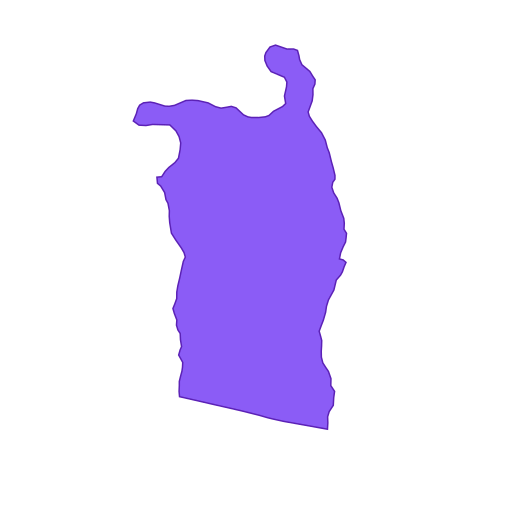 Santa Isabel do Ivaí, Paraná, Brazil, rotated 154°
{"feature_id": "56859067B87953523218993", "entity_name": "Santa Isabel do Ivaí", "entity_type": "district", "adm_level": 2, "iso_a3": "BRA", "parent_name": "Brazil", "parent_adm1": "Paraná", "projection": "robinson", "projection_center": [-53.253, -23.11], "detail": "fine", "context": "isolated", "style": "filled", "palette": "violet", "viewbox_px": 512, "rotation_deg": 154, "n_neighbors": 0, "source": "geoboundaries", "source_scale": "gbopen_adm2", "svg_char_len": 2179}
<svg xmlns="http://www.w3.org/2000/svg" viewBox="0 0 512 512"><g transform="rotate(154 256 256)"><path d="M301.2,436.3L307.1,431.1L303.8,424.9L297.7,421.5L291.3,419.6L276.0,411.6L273.1,403.5L272.8,397.0L274.1,390.6L277.6,384.8L282.8,377.9L287.9,375.5L295.5,373.8L300.5,371.9L306.0,368.6L310.5,370.3L312.7,364.5L311.0,360.7L310.3,353.1L312.2,346.1L312.0,342.0L314.0,334.7L316.6,329.7L318.9,323.9L322.0,313.6L321.1,305.5L319.6,296.0L319.2,290.6L320.0,286.0L323.7,283.0L329.6,275.6L334.1,269.8L339.3,263.5L343.0,258.3L345.9,252.5L350.0,248.5L353.7,245.2L354.6,240.0L355.2,233.2L357.8,228.7L358.6,223.8L358.1,219.6L360.6,213.8L362.6,207.2L365.4,204.8L368.9,200.9L368.5,192.5L370.8,188.3L373.0,185.0L376.5,181.0L379.9,176.9L381.7,173.2L384.5,168.0L386.4,163.1L336.8,123.1L326.1,114.1L323.0,111.5L316.6,105.7L312.9,102.6L303.7,95.3L267.7,69.0L264.6,74.5L262.1,80.1L258.4,84.1L252.0,87.9L248.2,94.7L244.7,99.9L245.6,106.7L242.4,112.9L241.5,120.5L242.2,125.4L242.8,130.6L241.6,136.4L239.1,141.8L236.5,146.4L234.0,151.2L233.2,155.1L232.2,160.7L227.5,165.2L223.7,168.7L218.1,174.9L214.7,179.9L210.1,184.8L200.9,191.3L194.4,199.2L188.3,201.8L185.3,203.9L181.4,207.8L177.9,210.8L179.4,214.3L182.3,216.8L178.5,221.8L173.6,226.1L169.4,229.3L167.1,232.8L164.7,236.7L165.2,241.5L162.3,246.7L160.6,251.4L159.9,259.6L158.2,267.4L157.8,272.4L158.5,278.7L157.7,284.6L154.7,288.6L151.4,290.4L149.7,293.8L148.0,301.4L146.9,307.6L144.9,316.8L144.5,322.0L142.9,329.9L143.1,338.1L145.0,345.9L146.2,352.5L146.8,358.2L146.0,362.6L137.5,370.8L134.1,376.0L131.5,381.5L127.7,384.7L125.6,388.4L126.2,392.8L126.7,398.3L130.9,407.8L130.7,413.4L129.6,417.2L128.6,422.6L131.5,425.6L137.4,428.4L146.0,437.0L151.8,437.7L157.9,434.5L160.5,431.9L162.3,427.8L162.7,421.8L161.6,415.1L152.1,404.2L152.0,398.8L154.4,394.7L160.3,387.3L162.5,380.0L166.6,378.7L176.8,378.4L182.7,376.6L186.6,377.0L192.7,379.2L199.4,382.5L202.3,384.6L205.4,388.4L209.0,397.9L212.6,401.3L216.6,402.4L222.6,404.2L227.0,408.0L231.9,414.6L240.0,421.1L245.2,424.1L250.8,426.5L263.2,427.1L268.4,428.6L272.1,430.6L280.1,438.1L283.6,440.7L290.0,443.0L294.4,442.6L297.7,440.3L301.2,436.3Z" fill="#8b5cf6" stroke="#5b21b6" stroke-width="1.5"/></g></svg>